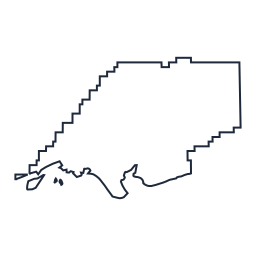 Dillingham, Alaska, United States of America (Natural Earth projection)
{"feature_id": "52423323B44097334117837", "entity_name": "Dillingham", "entity_type": "district", "adm_level": 2, "iso_a3": "USA", "parent_name": "United States of America", "parent_adm1": "Alaska", "projection": "natural_earth1", "projection_center": [-159.172, 59.691], "detail": "fine", "context": "isolated", "style": "outline", "palette": "slate", "viewbox_px": 256, "rotation_deg": 0, "n_neighbors": 0, "source": "geoboundaries", "source_scale": "gbopen_adm2", "svg_char_len": 2613}
<svg xmlns="http://www.w3.org/2000/svg" viewBox="0 0 256 256"><path d="M239.4,62.4L207.6,62.4L191.0,62.4L190.9,57.8L176.2,57.8L176.3,62.4L170.1,62.4L168.9,62.4L169.0,67.1L161.6,67.1L161.5,62.4L127.7,62.4L117.4,62.4L117.4,67.1L114.3,67.1L114.4,71.7L107.1,71.7L107.1,76.3L99.8,76.3L99.8,85.6L96.9,85.6L96.9,90.3L89.7,90.3L89.6,99.6L82.4,99.6L82.4,104.3L79.7,104.3L79.7,113.6L72.5,113.6L72.5,122.9L62.8,122.9L62.7,132.3L55.6,132.3L55.5,141.6L53.2,141.6L53.1,146.3L46.1,146.3L46.0,151.0L38.9,151.0L38.9,160.4L36.6,160.4L36.6,165.1L29.6,165.1L29.5,173.8L29.4,173.8L30.8,173.2L36.2,171.7L38.2,174.3L41.3,169.9L46.0,167.0L52.9,163.7L59.6,161.3L62.2,165.4L59.4,167.6L60.9,168.1L63.2,170.4L66.5,169.6L66.6,172.3L69.0,172.6L70.7,171.2L73.6,172.1L73.1,173.3L76.8,177.0L81.1,175.6L81.7,174.6L81.0,172.6L83.3,172.9L84.2,168.8L84.6,168.7L85.1,168.9L86.0,168.8L87.4,168.4L88.0,168.4L89.1,168.8L89.7,169.4L90.0,169.8L90.4,170.5L90.2,171.0L89.7,171.3L88.0,173.5L90.6,173.7L91.6,173.9L92.7,174.1L93.9,174.6L96.1,176.0L98.6,178.0L100.0,179.5L104.9,185.8L107.2,189.2L111.7,195.3L112.4,196.4L113.2,196.7L117.5,197.8L119.5,198.2L120.1,198.2L122.3,197.8L123.8,197.2L127.6,193.2L126.9,192.3L124.8,189.6L122.4,185.4L120.9,181.6L121.5,180.1L122.4,180.0L123.0,179.8L123.5,179.6L124.2,178.8L124.7,177.8L124.8,177.3L124.6,177.1L124.3,176.4L123.9,175.7L124.0,175.1L124.9,172.4L125.8,171.9L126.5,172.1L127.0,172.0L131.1,169.9L134.9,165.2L136.7,165.1L135.3,172.8L133.6,173.7L133.4,175.1L133.4,175.5L133.4,175.8L134.0,176.3L134.5,176.6L135.6,176.8L138.1,177.2L139.4,177.6L140.4,178.0L141.4,178.7L142.4,179.8L142.8,180.6L143.3,182.1L143.4,182.7L143.2,183.0L143.3,183.2L143.5,183.5L144.8,184.4L145.8,185.0L147.5,185.7L148.3,185.9L149.3,186.0L151.4,186.0L153.0,185.6L155.8,184.9L163.4,182.5L165.7,181.6L169.0,180.1L170.1,179.7L176.2,178.4L176.5,178.0L176.7,177.6L176.9,177.4L179.0,176.7L181.3,176.4L184.5,175.0L187.8,174.0L188.4,174.0L189.2,173.9L190.3,173.7L191.0,173.4L190.9,160.4L187.6,160.4L187.5,151.0L194.6,151.0L194.5,146.3L208.7,146.3L208.6,141.6L212.6,141.6L212.5,137.0L219.6,137.0L219.6,132.3L233.8,132.3L233.7,127.6L240.6,127.6L239.4,62.4ZM27.1,187.3L27.2,189.2L27.5,189.5L32.3,189.3L35.7,187.8L44.1,175.1L43.4,175.0L37.4,178.5L34.2,178.8L28.3,181.2L27.4,184.9L27.1,187.3ZM16.4,179.2L16.5,179.0L23.1,176.5L27.7,174.5L15.4,174.5L15.4,179.2L16.4,179.2ZM59.5,181.7L59.8,182.4L60.8,183.7L61.3,184.8L62.1,184.3L62.4,183.6L62.2,182.7L61.7,181.4L61.1,180.3L60.3,179.8L59.9,180.4L59.5,181.7ZM54.5,182.2L54.8,182.5L56.5,181.3L56.8,180.7L56.6,179.8L55.8,178.6L55.1,179.7L55.0,180.6L54.5,182.2Z" fill="none" stroke="#1e293b" stroke-width="2"/></svg>